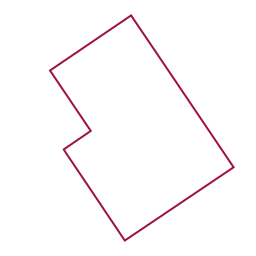 Cottonwood, Minnesota, United States of America, rotated 236°
{"feature_id": "52423323B65882700434645", "entity_name": "Cottonwood", "entity_type": "district", "adm_level": 2, "iso_a3": "USA", "parent_name": "United States of America", "parent_adm1": "Minnesota", "projection": "robinson", "projection_center": [-95.186, 44.022], "detail": "fine", "context": "isolated", "style": "outline", "palette": "rose", "viewbox_px": 256, "rotation_deg": 236, "n_neighbors": 0, "source": "geoboundaries", "source_scale": "gbopen_adm2", "svg_char_len": 311}
<svg xmlns="http://www.w3.org/2000/svg" viewBox="0 0 256 256"><g transform="rotate(236 128 128)"><path d="M36.4,193.6L39.4,193.6L146.3,193.6L147.9,193.6L219.6,193.5L219.3,95.5L146.4,95.5L146.2,62.8L143.8,62.7L140.0,62.6L107.0,62.6L36.5,62.4L36.4,193.6Z" fill="none" stroke="#9f1239" stroke-width="2"/></g></svg>